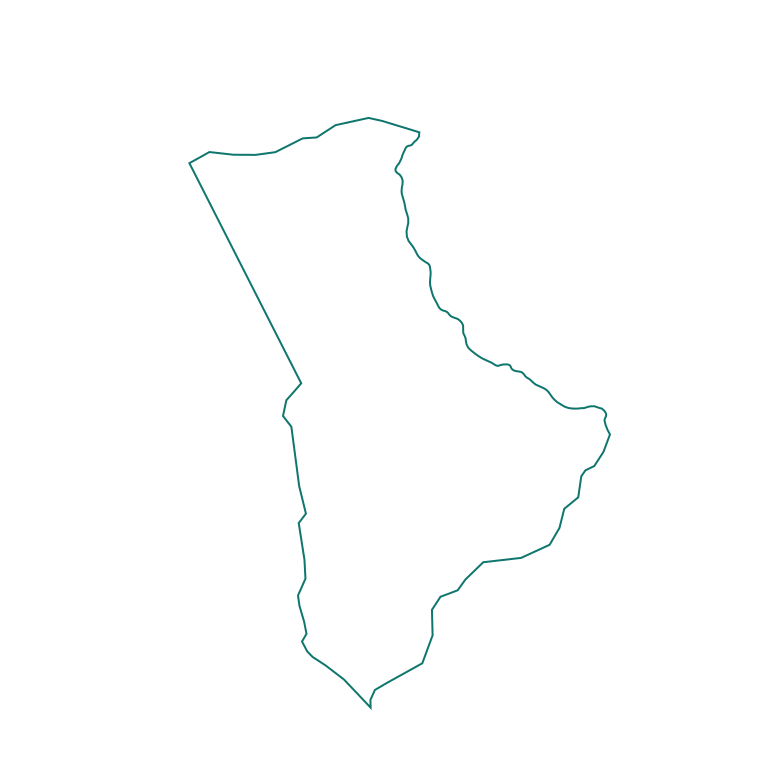 outline of Djoukou, Kémo, Central African Republic, rotated 244°
{"feature_id": "33826404B12088014945622", "entity_name": "Djoukou", "entity_type": "district", "adm_level": 2, "iso_a3": "CAF", "parent_name": "Central African Republic", "parent_adm1": "Kémo", "projection": "albers", "projection_center": [19.458, 5.319], "detail": "fine", "context": "isolated", "style": "outline", "palette": "teal", "viewbox_px": 768, "rotation_deg": 244, "n_neighbors": 0, "source": "geoboundaries", "source_scale": "gbopen_adm2", "svg_char_len": 2685}
<svg xmlns="http://www.w3.org/2000/svg" viewBox="0 0 768 768"><g transform="rotate(244 384 384)"><path d="M669.0,328.8L667.8,305.9L420.9,309.9L416.7,300.0L412.2,289.1L399.5,279.2L386.2,282.0L329.4,263.0L301.7,257.0L296.4,246.4L261.0,235.5L243.5,228.1L231.6,214.0L221.8,210.8L205.3,208.0L193.4,204.8L188.5,197.4L177.2,197.8L169.9,200.2L156.9,208.0L135.9,218.5L99.0,230.1L106.0,233.3L113.0,241.7L114.1,256.2L116.2,296.0L136.8,317.5L160.0,328.1L168.0,341.5L166.3,359.8L172.6,371.5L180.3,395.1L167.6,431.0L166.9,462.4L177.7,478.6L192.8,491.3L197.0,508.9L214.6,520.9L218.1,527.2L218.1,537.1L226.8,551.5L239.6,565.0L244.8,564.8L249.8,565.2L254.6,566.2L255.9,567.2L257.2,568.8L258.3,569.9L260.1,570.6L262.2,570.5L264.2,570.0L266.4,569.0L267.8,567.4L269.7,565.4L271.6,563.6L272.4,562.1L273.2,560.3L274.0,557.7L274.4,554.8L274.7,553.0L275.8,550.8L276.8,547.8L278.3,544.6L279.3,542.7L281.3,539.6L282.8,538.0L284.6,536.3L286.3,535.2L291.9,531.6L294.7,530.5L297.8,529.5L300.2,529.1L303.9,528.5L306.5,527.8L308.8,526.7L311.5,524.7L314.3,522.3L317.0,520.1L319.9,518.7L322.7,517.7L324.9,516.8L326.7,515.4L329.2,514.4L331.6,514.0L333.9,513.1L334.8,512.4L336.3,510.4L337.8,508.2L339.2,506.7L340.7,505.8L341.9,505.4L343.2,505.4L344.5,505.5L345.5,505.3L346.9,504.3L347.8,502.9L348.1,502.4L349.3,499.7L349.9,497.1L350.2,494.8L351.2,493.1L353.1,491.8L356.0,490.0L360.1,486.6L364.1,483.4L367.1,481.5L370.7,479.5L374.0,477.9L377.0,476.5L380.0,475.6L383.6,475.6L386.2,476.3L389.5,477.4L392.1,477.6L394.1,477.5L395.6,477.8L397.1,478.5L399.3,479.5L401.1,480.4L402.8,480.8L404.7,480.8L407.4,480.1L409.8,479.0L411.6,477.4L413.4,475.6L415.3,474.0L417.3,473.2L419.6,472.8L421.2,472.1L422.7,471.0L424.2,469.2L426.1,467.8L428.2,467.1L431.0,466.9L434.8,466.9L438.3,466.7L441.6,466.7L445.0,467.2L447.8,467.7L452.5,468.8L455.6,470.1L459.4,472.3L462.3,474.1L465.0,475.3L469.3,476.7L471.1,476.9L473.2,476.3L475.0,475.0L478.2,473.2L481.3,471.6L483.8,470.9L486.2,470.6L488.9,470.6L493.2,470.4L497.0,469.8L501.9,468.8L506.4,469.2L511.2,471.1L515.9,474.6L517.9,476.3L522.3,478.4L525.9,479.1L528.5,479.5L531.4,479.9L534.6,480.9L538.1,481.8L542.8,482.6L547.2,483.4L549.8,484.4L552.8,486.2L555.1,488.0L558.5,489.9L562.3,490.4L565.5,489.8L568.0,488.3L570.2,487.8L572.3,488.6L574.3,491.2L575.8,494.4L579.0,498.5L582.0,501.3L584.4,504.2L585.1,505.3L585.7,505.8L586.9,507.4L587.2,508.1L587.4,509.2L587.4,510.2L587.1,511.1L586.9,512.0L586.7,513.1L586.9,514.2L587.4,515.2L587.9,516.3L588.5,517.9L588.8,519.4L589.2,520.6L590.1,522.4L591.2,524.1L593.4,525.2L594.7,526.1L621.3,497.6L629.9,486.8L637.9,453.9L635.1,431.6L640.4,418.6L640.0,388.0L646.2,369.1L656.0,349.3L669.0,328.8Z" fill="none" stroke="#0f766e" stroke-width="2"/></g></svg>